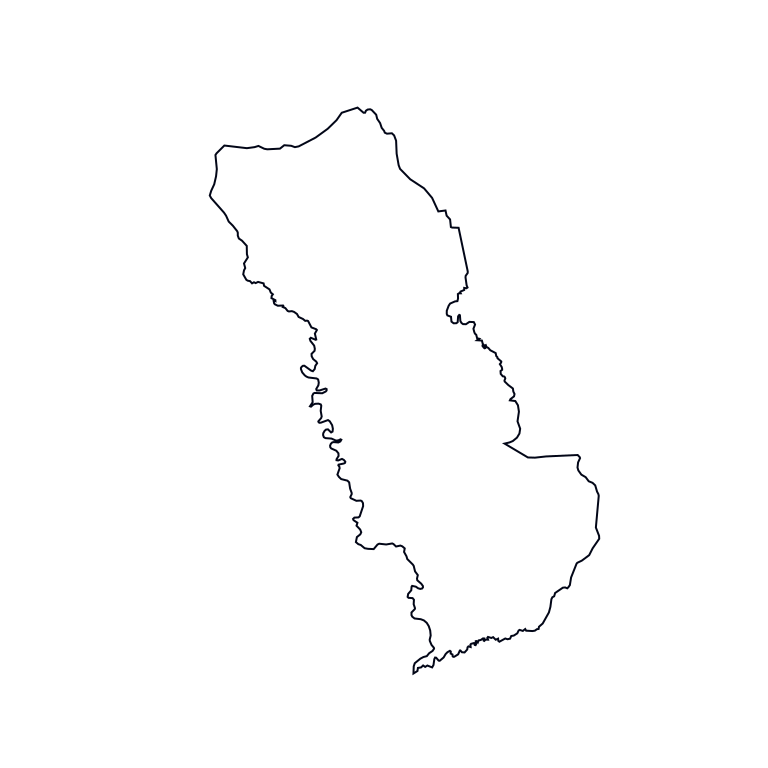 Duc Linh, Bình Thuận, Vietnam (Mercator projection), rotated 312°
{"feature_id": "81297802B10372149063277", "entity_name": "Duc Linh", "entity_type": "district", "adm_level": 2, "iso_a3": "VNM", "parent_name": "Vietnam", "parent_adm1": "Bình Thuận", "projection": "mercator", "projection_center": [107.507, 11.194], "detail": "fine", "context": "isolated", "style": "outline", "palette": "ink", "viewbox_px": 768, "rotation_deg": 312, "n_neighbors": 0, "source": "geoboundaries", "source_scale": "gbopen_adm2", "svg_char_len": 6166}
<svg xmlns="http://www.w3.org/2000/svg" viewBox="0 0 768 768"><g transform="rotate(312 384 384)"><path d="M406.5,131.2L404.3,150.4L403.4,154.0L400.8,159.9L400.5,165.8L399.3,172.8L398.6,174.1L396.4,176.1L395.0,178.8L395.5,182.6L394.8,189.6L388.7,195.3L387.0,198.1L379.9,199.3L377.3,203.3L374.8,203.9L371.3,206.0L369.3,212.0L369.6,213.6L370.8,215.6L370.5,218.6L372.6,219.3L373.1,221.1L375.6,222.1L378.2,227.2L376.7,229.2L377.7,235.6L376.2,238.7L376.3,241.4L374.3,241.6L372.5,242.9L373.6,247.2L373.0,247.8L372.6,246.1L372.1,246.1L370.4,248.4L370.2,249.5L371.1,252.7L374.8,256.5L374.6,257.1L373.5,257.3L374.4,259.9L373.8,263.5L374.3,264.8L376.5,266.8L377.4,268.9L377.8,272.5L376.7,275.7L378.1,280.3L378.2,283.2L379.6,284.4L380.0,285.5L377.5,292.2L379.3,296.9L379.2,298.0L375.2,298.9L371.7,303.9L371.1,303.6L369.4,298.7L367.9,298.6L366.8,300.5L365.8,306.4L363.9,309.0L362.2,310.2L357.9,310.0L356.2,311.7L355.1,314.7L355.3,318.7L354.7,320.4L351.6,320.8L348.7,322.5L345.9,322.6L345.2,321.0L344.3,312.6L343.3,311.6L341.7,311.3L340.4,311.5L339.5,312.3L337.9,315.5L337.4,319.3L337.6,321.4L338.3,323.5L343.0,330.2L343.3,332.0L341.4,334.6L339.1,336.1L334.9,337.0L334.2,338.3L336.0,340.4L341.5,343.6L341.8,344.8L340.7,345.7L339.4,345.7L335.8,344.3L330.9,338.4L329.7,337.9L327.1,338.6L322.7,343.2L317.9,343.9L318.3,344.9L321.5,345.3L323.2,346.1L325.6,348.5L326.5,350.7L325.9,351.9L321.7,354.9L318.2,359.4L316.6,360.1L312.3,360.2L311.8,361.1L312.0,362.0L313.1,363.0L319.7,366.5L320.0,368.6L318.7,373.0L316.5,376.0L314.2,377.6L312.6,377.1L312.8,372.7L311.3,371.4L309.5,371.2L306.8,371.8L305.3,372.9L304.2,374.9L304.6,376.7L308.3,381.5L309.8,386.2L311.6,387.8L313.8,388.7L314.0,389.6L312.1,390.0L310.0,389.2L307.1,385.4L305.9,384.6L304.0,384.5L302.1,385.2L301.0,386.5L300.8,387.9L302.5,393.2L302.0,396.5L300.1,398.4L296.3,399.1L295.6,399.7L296.5,401.1L300.2,402.9L300.7,404.9L300.4,407.2L299.4,407.8L298.1,407.4L293.7,404.2L293.0,404.5L292.6,406.3L291.7,407.4L285.5,410.0L284.8,412.7L284.7,415.8L287.7,421.5L287.6,423.9L283.6,428.8L281.4,432.9L280.5,433.7L277.4,434.6L276.9,435.7L278.7,441.6L281.8,444.7L282.1,445.9L281.4,448.1L279.3,450.2L269.4,454.5L267.8,454.3L264.9,451.4L263.0,451.3L262.4,452.6L263.1,457.1L260.3,458.4L259.9,463.7L258.6,466.3L256.4,467.0L252.1,466.3L247.7,468.9L247.8,472.1L248.8,474.4L249.0,479.5L250.8,482.4L254.4,486.8L260.4,486.6L262.1,487.3L266.2,493.0L271.0,496.8L271.4,498.1L271.3,501.7L274.9,504.3L275.6,506.2L275.7,509.4L272.6,511.3L271.0,516.0L269.5,518.4L269.1,526.3L268.7,527.8L265.5,532.5L264.6,537.0L261.5,538.7L260.4,540.1L260.5,545.4L259.9,548.1L259.0,549.0L257.6,549.2L256.0,548.1L255.0,546.0L254.7,543.3L252.8,540.0L251.9,540.1L248.9,542.3L244.2,542.4L241.6,544.0L241.5,545.3L244.0,548.5L243.7,550.6L240.2,553.4L238.1,557.1L237.3,557.5L232.6,557.3L230.6,559.1L230.0,560.7L230.2,563.6L233.8,568.7L235.0,571.8L235.1,575.6L234.0,579.3L231.7,583.3L228.3,587.0L224.6,589.0L223.7,590.0L221.9,593.9L221.4,597.5L220.8,598.3L218.1,598.7L214.2,597.7L210.4,597.9L207.5,596.0L204.2,594.8L197.1,593.7L194.1,595.0L188.6,599.6L193.1,600.9L195.7,599.2L198.2,601.2L201.0,601.4L201.3,603.9L203.8,604.6L205.6,609.4L208.3,608.8L213.2,605.5L214.9,605.0L215.5,605.9L215.0,609.7L215.6,610.6L220.7,611.3L224.5,610.5L227.1,610.6L229.8,611.5L229.9,612.6L228.3,613.9L228.8,615.9L227.6,617.2L227.6,618.0L228.3,618.7L232.7,620.0L236.7,618.7L237.1,619.1L236.8,621.4L238.4,623.5L242.4,623.5L244.2,622.3L245.5,622.3L246.5,624.4L248.2,622.6L249.2,622.6L251.7,624.2L250.8,626.0L251.2,626.8L252.1,626.6L254.3,624.3L254.9,624.8L254.6,626.7L256.8,625.9L258.5,627.2L261.2,627.8L261.9,628.7L260.0,629.7L260.1,630.4L262.1,630.6L263.6,632.4L264.6,630.6L265.6,630.5L267.1,633.7L268.9,634.5L268.7,638.1L271.1,639.2L269.6,640.8L269.7,642.2L276.0,644.4L277.0,646.6L279.1,648.1L281.9,647.2L283.9,648.8L287.9,649.9L290.9,649.0L292.0,649.3L293.4,652.4L296.4,652.9L295.8,654.7L299.8,659.7L301.7,661.2L304.1,661.7L305.4,662.8L307.3,661.6L312.2,662.2L324.6,659.4L329.7,656.8L336.1,652.4L338.2,651.8L340.1,652.5L343.2,651.0L352.3,653.2L354.0,654.7L354.8,656.9L356.3,657.0L358.9,656.7L365.4,652.5L379.4,647.3L380.5,647.3L385.1,649.2L394.1,651.0L401.5,649.0L413.0,647.5L415.1,645.4L419.1,637.5L444.6,618.4L445.6,617.0L446.6,614.3L450.0,608.8L450.1,605.1L448.7,601.2L449.7,596.2L448.7,591.3L449.8,586.3L451.4,583.7L455.6,580.7L460.1,579.3L460.6,578.4L460.8,575.4L438.6,552.9L430.3,545.5L425.7,540.1L420.4,513.5L424.6,516.4L427.8,517.9L433.1,518.7L437.8,517.8L441.9,515.1L445.6,508.2L453.7,502.8L457.8,497.8L459.2,493.0L456.1,488.5L457.4,488.1L461.8,488.9L463.9,487.7L464.9,485.2L466.9,482.8L466.4,477.1L466.6,472.0L467.2,471.2L469.3,470.4L469.9,469.4L470.0,468.3L469.2,467.1L469.6,464.0L471.6,461.9L473.6,462.3L474.2,461.8L475.4,460.1L476.3,456.8L478.3,456.7L479.2,456.1L479.1,451.1L479.8,450.3L479.9,448.7L481.7,446.3L480.2,440.4L480.6,437.4L480.1,435.4L481.0,433.6L480.1,433.3L478.4,435.2L477.8,434.8L477.8,433.8L478.2,431.7L478.7,431.4L479.8,432.0L480.0,430.4L481.8,427.7L478.8,423.9L481.3,424.4L480.3,422.6L482.3,419.6L482.3,417.8L483.1,416.2L484.9,413.5L489.1,411.9L490.1,409.3L487.3,405.9L483.3,404.9L481.4,402.7L481.2,400.8L481.9,398.6L485.9,394.4L485.7,393.7L483.9,393.8L479.2,397.4L477.6,397.1L475.7,395.1L475.5,392.4L478.8,388.8L477.4,385.2L478.1,383.7L480.5,381.6L485.4,379.7L488.0,379.3L492.9,381.5L494.7,383.1L497.1,381.8L500.3,378.7L501.5,379.0L502.7,380.3L503.1,379.2L503.9,379.0L507.5,380.7L509.1,379.3L510.3,381.2L511.6,381.5L512.6,379.4L517.8,373.2L519.1,372.3L522.5,371.9L523.7,370.9L550.0,334.9L545.8,329.9L545.4,328.7L550.5,323.0L551.0,317.9L554.1,313.6L548.6,308.9L554.5,295.2L556.2,282.9L553.7,266.5L554.6,252.0L556.4,248.5L563.6,239.3L572.9,230.2L575.5,225.2L575.6,222.1L572.0,218.7L571.3,216.4L572.2,214.7L572.8,210.9L575.3,206.5L576.5,201.5L578.9,198.0L579.4,191.5L578.9,189.9L577.0,188.2L575.0,187.7L573.0,188.4L571.9,187.3L571.7,179.4L557.3,171.1L548.3,172.2L536.0,171.4L521.4,168.3L503.5,161.6L500.4,159.3L498.9,155.6L494.7,150.1L489.3,149.2L480.3,140.2L478.7,137.6L476.9,131.4L473.4,129.3L467.5,124.3L454.4,105.8L443.4,105.2L441.4,105.5L431.8,116.0L426.0,120.2L418.8,124.2L412.0,126.3L407.5,128.4L406.5,131.2Z" fill="none" stroke="#020617" stroke-width="2"/></g></svg>